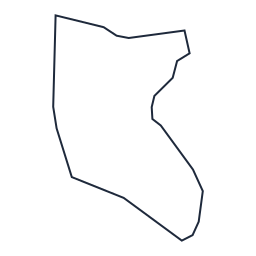 an SVG outline of Naklo
{"feature_id": "SVN-1015", "entity_name": "Naklo", "entity_type": "Municipality", "adm_level": 1, "iso_a3": "SVN", "parent_name": "Slovenia", "parent_adm1": "", "projection": "mercator", "projection_center": [14.309, 46.29], "detail": "fine", "context": "isolated", "style": "outline", "palette": "slate", "viewbox_px": 256, "rotation_deg": 0, "n_neighbors": 0, "source": "natural_earth", "source_scale": "10m", "svg_char_len": 377}
<svg xmlns="http://www.w3.org/2000/svg" viewBox="0 0 256 256"><path d="M184.5,30.5L189.6,53.3L177.1,61.0L172.7,77.8L154.4,95.9L151.7,107.1L152.4,119.0L160.8,125.5L193.0,169.6L202.8,191.1L198.7,221.7L192.6,235.1L181.8,240.6L123.7,197.9L71.8,177.1L56.6,128.3L53.2,106.8L55.6,15.4L103.7,27.2L116.6,35.7L128.7,38.0L184.5,30.5Z" fill="none" stroke="#1e293b" stroke-width="2"/></svg>